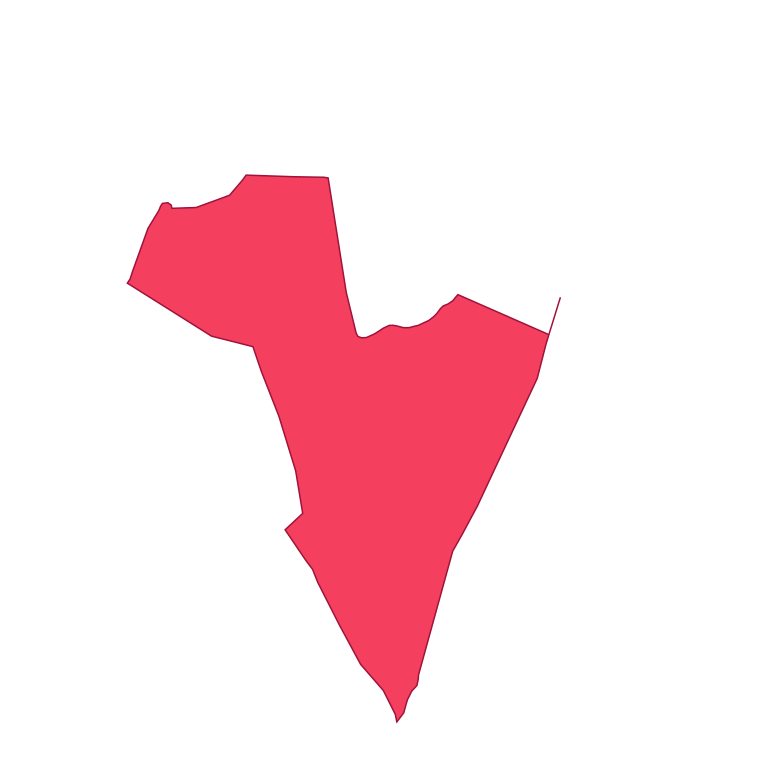 the district of Al Mafaza, Gedarif, Sudan, rotated 233°
{"feature_id": "16777658B27903182599838", "entity_name": "Al Mafaza", "entity_type": "district", "adm_level": 2, "iso_a3": "SDN", "parent_name": "Sudan", "parent_adm1": "Gedarif", "projection": "equal_earth", "projection_center": [34.504, 13.606], "detail": "fine", "context": "isolated", "style": "filled", "palette": "rose", "viewbox_px": 768, "rotation_deg": 233, "n_neighbors": 0, "source": "geoboundaries", "source_scale": "gbopen_adm2", "svg_char_len": 1059}
<svg xmlns="http://www.w3.org/2000/svg" viewBox="0 0 768 768"><g transform="rotate(233 384 384)"><path d="M347.1,577.1L324.2,545.4L410.9,496.8L410.0,492.6L409.1,489.1L409.4,483.2L410.7,478.4L410.3,474.6L408.5,468.6L407.9,464.2L407.8,457.9L410.3,446.4L411.9,442.9L413.8,438.1L417.3,433.4L422.3,429.5L425.4,426.6L427.6,423.6L429.0,417.1L429.7,406.7L431.7,397.9L434.3,394.0L437.6,391.8L441.4,392.4L479.9,409.0L582.2,463.4L585.3,460.4L603.9,436.6L616.1,421.5L633.8,399.6L632.0,393.7L627.7,374.3L638.0,340.2L651.9,320.4L655.0,321.7L658.8,320.5L661.6,315.7L660.4,312.5L658.0,308.5L650.4,289.3L625.5,251.3L620.7,244.5L619.0,239.7L525.9,275.1L492.7,301.8L467.8,293.6L421.6,280.7L367.8,261.2L329.6,241.2L327.1,217.3L290.1,215.4L278.9,215.4L265.4,211.7L218.2,203.3L174.1,196.6L139.5,199.0L113.4,194.2L106.7,191.0L106.4,190.9L109.5,201.9L114.0,207.7L117.8,212.8L122.0,221.3L123.4,228.8L127.7,233.8L130.8,236.4L209.1,338.2L216.9,356.1L230.5,385.5L245.9,414.5L296.3,509.8L317.8,536.7L324.2,545.4L347.1,577.1Z" fill="#f43f5e" stroke="#9f1239" stroke-width="1.5"/></g></svg>